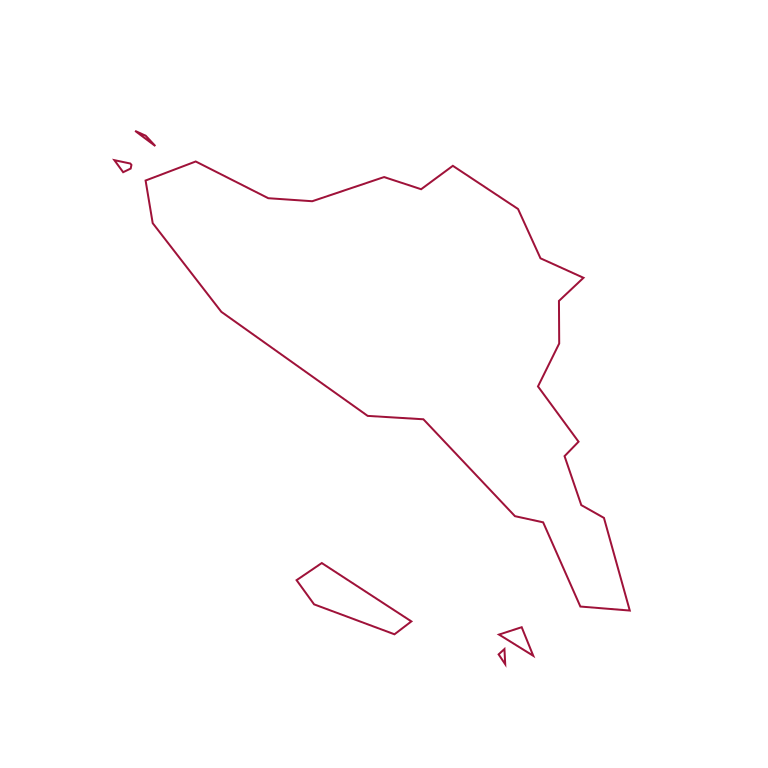 map outline of Aceh (Natural Earth projection), rotated 348°
{"feature_id": "IDN-1136", "entity_name": "Aceh", "entity_type": "Autonomous Province", "adm_level": 1, "iso_a3": "IDN", "parent_name": "Indonesia", "parent_adm1": "", "projection": "natural_earth1", "projection_center": [96.646, 3.962], "detail": "coarse", "context": "isolated", "style": "outline", "palette": "rose", "viewbox_px": 768, "rotation_deg": 348, "n_neighbors": 0, "source": "natural_earth", "source_scale": "10m", "svg_char_len": 768}
<svg xmlns="http://www.w3.org/2000/svg" viewBox="0 0 768 768"><g transform="rotate(348 384 384)"><path d="M577.3,656.7L529.8,642.5L510.9,552.4L484.6,540.5L415.2,426.7L361.4,411.8L239.9,279.6L191.2,178.6L193.1,135.4L246.1,127.2L309.4,178.2L351.8,190.3L427.1,181.6L460.8,201.2L496.7,184.9L551.5,240.7L563.2,293.6L601.2,321.6L572.4,339.1L563.8,380.8L534.1,418.4L562.3,480.9L545.6,492.1L551.8,543.5L571.3,560.7L577.3,656.7ZM361.4,621.9L342.2,631.0L269.8,585.0L257.7,557.7L285.9,546.2L361.4,621.9ZM468.1,650.5L473.5,680.9L444.4,653.0L468.1,650.5ZM202.6,91.7L209.8,103.7L193.2,84.7L202.6,91.7ZM166.8,109.0L181.7,115.6L182.5,117.2L181.0,120.6L172.9,122.6L166.8,109.0ZM446.7,668.3L444.3,683.3L439.9,672.3L446.7,668.3Z" fill="none" stroke="#9f1239" stroke-width="2"/></g></svg>